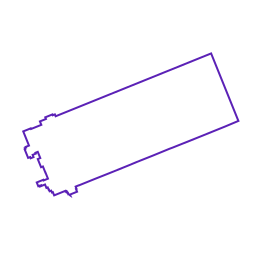 Laverton, Western Australia, Australia, rotated 338°
{"feature_id": "25037944B80817080024086", "entity_name": "Laverton", "entity_type": "district", "adm_level": 2, "iso_a3": "AUS", "parent_name": "Australia", "parent_adm1": "Western Australia", "projection": "mercator", "projection_center": [123.06, -27.938], "detail": "fine", "context": "isolated", "style": "outline", "palette": "violet", "viewbox_px": 256, "rotation_deg": 338, "n_neighbors": 0, "source": "geoboundaries", "source_scale": "gbopen_adm2", "svg_char_len": 3181}
<svg xmlns="http://www.w3.org/2000/svg" viewBox="0 0 256 256"><g transform="rotate(338 128 128)"><path d="M233.0,90.0L221.7,90.0L214.0,90.0L180.8,90.0L161.3,90.0L141.6,90.0L120.6,90.0L111.0,90.0L110.4,90.0L110.1,90.0L109.7,90.0L109.3,90.0L109.0,90.0L108.6,90.0L108.3,90.0L107.7,90.0L107.4,90.0L107.0,90.0L106.4,90.0L106.0,90.0L105.7,90.0L105.0,90.0L104.8,90.0L104.3,90.0L103.8,90.0L103.5,90.0L103.1,90.0L102.8,90.0L102.4,90.0L101.8,90.0L101.5,90.0L101.1,90.0L100.7,90.0L100.4,90.0L100.0,90.0L99.7,90.0L99.2,90.0L98.5,90.0L98.3,90.0L97.7,90.0L97.1,90.0L96.8,90.0L96.4,90.0L96.1,90.0L95.7,90.0L95.3,90.0L95.0,90.0L94.7,90.0L94.3,90.0L93.7,90.0L93.0,90.0L92.8,90.0L92.3,90.0L91.8,90.0L91.5,90.0L91.1,90.0L90.6,90.0L90.4,90.0L89.8,90.0L89.2,90.0L88.7,90.0L88.1,90.0L87.5,90.0L87.0,90.0L86.7,90.0L86.3,90.0L85.7,90.0L85.1,90.0L84.4,90.0L83.9,90.0L83.3,90.0L82.9,90.0L82.3,90.0L81.7,90.0L81.2,90.0L80.6,90.0L79.9,90.0L79.5,90.0L79.1,90.0L78.8,90.0L78.4,90.0L77.9,90.0L77.6,90.0L77.4,90.0L76.9,90.0L76.5,90.0L76.1,90.0L75.7,90.0L75.4,90.0L75.1,90.0L74.7,90.0L74.4,90.0L74.0,90.0L73.6,90.0L73.3,90.0L73.0,90.0L72.6,90.0L72.1,90.0L71.9,90.0L71.4,90.0L71.2,90.0L70.7,90.0L70.4,90.0L70.0,90.0L69.6,90.0L69.2,90.0L68.9,90.0L68.5,90.0L67.9,90.0L67.5,90.0L67.1,90.0L66.7,90.0L66.1,90.0L65.7,90.0L65.3,90.0L65.3,88.0L65.0,88.0L64.6,88.0L64.1,88.0L63.5,88.0L63.0,88.0L63.0,87.1L62.6,87.1L62.2,87.1L61.9,87.1L61.5,87.1L61.1,87.1L60.7,87.1L60.2,87.1L59.9,87.1L59.5,87.1L59.1,87.1L58.6,87.1L58.2,87.1L57.9,87.1L55.3,87.1L55.3,88.9L48.8,88.9L48.8,92.6L37.7,92.6L37.7,91.9L29.6,91.9L29.6,107.2L26.0,107.2L26.0,108.0L24.7,108.0L24.7,109.3L24.2,109.3L24.2,112.1L24.2,118.3L24.4,118.3L24.6,118.3L25.9,118.3L26.4,118.3L26.4,119.6L26.8,119.6L27.2,119.6L27.5,119.6L27.9,119.6L28.2,119.6L28.7,119.6L29.1,119.6L29.5,119.6L29.5,118.3L29.5,117.2L32.9,117.2L32.9,116.3L34.5,116.3L35.4,116.3L35.4,123.0L32.7,123.0L32.7,131.8L34.7,131.8L34.7,138.3L34.8,138.3L34.8,138.8L34.8,139.9L34.8,140.2L34.8,140.7L34.8,141.0L34.8,141.6L34.8,142.5L34.8,145.0L32.5,145.0L31.7,145.0L31.3,145.0L31.1,145.0L30.8,145.0L30.1,145.0L30.1,144.3L24.9,144.3L23.0,144.3L23.0,148.4L24.4,148.4L24.4,149.3L24.9,149.3L24.9,148.6L26.2,148.6L26.2,149.3L29.9,149.3L29.9,153.0L31.3,153.0L31.3,155.4L31.6,155.4L31.6,157.3L32.4,157.3L33.3,157.3L33.3,159.3L34.3,159.3L34.3,161.7L34.3,162.8L34.9,162.8L37.3,162.8L41.3,162.8L42.2,162.8L46.8,162.8L47.0,163.0L47.3,163.3L47.2,163.4L47.3,163.5L47.3,164.0L47.3,164.3L47.2,164.3L47.2,164.5L47.1,164.4L47.0,164.5L47.2,164.8L47.4,164.8L47.4,164.7L47.5,164.4L47.5,164.5L47.5,164.8L47.4,164.8L47.5,164.9L47.7,164.7L47.6,164.4L47.7,164.5L47.8,164.8L47.7,164.9L47.6,165.0L47.3,164.9L47.2,165.0L47.3,165.1L47.4,165.3L47.5,165.5L47.8,166.1L47.8,166.3L47.8,166.5L48.0,166.4L48.0,166.5L47.9,166.7L48.0,166.9L48.1,167.0L48.1,167.3L48.3,167.4L48.4,167.5L48.5,167.6L48.7,167.8L48.8,167.9L48.8,168.0L48.9,168.4L49.0,168.6L49.2,168.9L49.2,168.0L56.9,168.0L56.9,165.1L57.5,165.1L57.5,162.7L60.7,162.7L60.8,162.8L67.5,162.8L78.1,162.8L92.6,162.9L115.0,162.9L123.1,162.8L140.9,162.9L158.7,162.8L162.1,162.9L186.5,163.0L218.8,163.0L233.0,162.8L233.0,133.4L233.0,90.0Z" fill="none" stroke="#5b21b6" stroke-width="2"/></g></svg>